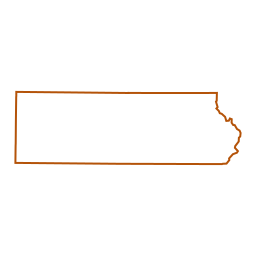 outline of Beaver, Utah, United States of America
{"feature_id": "52423323B8747070342257", "entity_name": "Beaver", "entity_type": "district", "adm_level": 2, "iso_a3": "USA", "parent_name": "United States of America", "parent_adm1": "Utah", "projection": "orthographic", "projection_center": [-112.824, 38.36], "detail": "fine", "context": "isolated", "style": "outline", "palette": "amber", "viewbox_px": 256, "rotation_deg": 0, "n_neighbors": 0, "source": "geoboundaries", "source_scale": "gbopen_adm2", "svg_char_len": 675}
<svg xmlns="http://www.w3.org/2000/svg" viewBox="0 0 256 256"><path d="M216.5,103.4L216.0,101.6L216.7,100.8L216.9,92.9L205.4,93.0L147.4,93.0L128.6,92.9L128.6,93.0L16.3,91.9L16.3,96.1L16.2,96.8L16.1,104.1L15.9,120.1L15.7,143.5L15.6,145.9L15.4,162.9L119.7,163.8L222.0,164.1L222.6,163.8L226.5,163.6L229.3,160.1L229.1,158.4L232.9,154.2L236.9,152.7L237.9,151.1L234.9,147.8L235.2,146.1L238.7,141.5L238.9,137.7L240.2,136.5L240.6,133.0L239.6,130.6L237.0,129.0L234.7,125.1L233.2,125.0L231.6,122.7L231.7,119.2L229.9,118.5L228.8,120.7L226.3,120.9L225.1,116.9L221.7,113.8L219.8,113.2L218.8,110.9L216.4,108.5L217.6,107.1L216.5,103.4Z" fill="none" stroke="#b45309" stroke-width="2"/></svg>